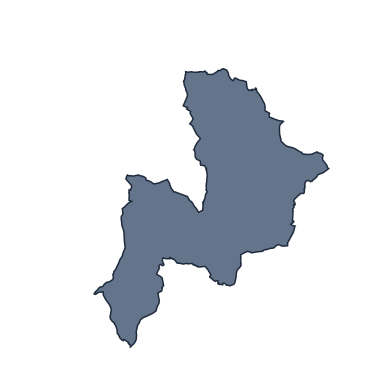 outline of Nocrich, Sibiu, Romania, rotated 243°
{"feature_id": "2599482B38030332657871", "entity_name": "Nocrich", "entity_type": "district", "adm_level": 2, "iso_a3": "ROU", "parent_name": "Romania", "parent_adm1": "Sibiu", "projection": "albers", "projection_center": [24.444, 45.866], "detail": "fine", "context": "isolated", "style": "filled", "palette": "slate", "viewbox_px": 384, "rotation_deg": 243, "n_neighbors": 0, "source": "geoboundaries", "source_scale": "gbopen_adm2", "svg_char_len": 6036}
<svg xmlns="http://www.w3.org/2000/svg" viewBox="0 0 384 384"><g transform="rotate(243 192 192)"><path d="M223.7,295.0L224.8,295.2L226.0,295.9L226.9,296.9L230.9,294.2L231.8,294.0L234.2,295.6L237.5,296.6L246.2,296.5L252.5,295.5L253.4,295.5L254.0,296.1L255.4,296.1L255.7,295.8L255.0,295.4L254.7,294.6L255.2,294.2L255.8,292.7L255.2,292.0L255.0,291.0L255.4,291.6L256.2,291.3L255.8,290.7L256.7,289.6L256.8,288.7L259.3,288.2L265.6,290.4L266.1,290.2L266.8,289.1L267.9,288.2L270.0,285.2L273.9,282.4L274.0,281.3L272.4,279.3L272.5,279.1L274.8,277.9L277.4,277.6L278.8,277.6L282.4,278.4L284.9,278.2L287.6,275.9L287.9,273.8L287.6,273.5L287.5,272.1L287.8,271.2L288.4,270.7L287.8,268.6L287.4,263.7L289.8,259.2L290.5,259.0L291.6,259.5L291.8,259.0L293.9,258.5L293.7,257.7L294.0,256.4L295.5,253.9L295.5,253.4L296.0,252.7L295.8,252.1L296.1,251.5L296.3,251.3L297.7,248.1L299.3,246.3L300.6,242.6L302.1,241.0L301.3,240.7L295.9,236.7L295.2,236.0L294.6,234.8L293.9,234.3L294.2,234.9L290.9,233.7L286.9,233.3L285.9,232.8L282.5,232.6L280.1,231.8L278.3,230.0L272.8,223.3L269.0,226.3L268.2,224.9L264.6,227.3L263.0,226.1L256.6,226.3L255.0,223.7L253.8,221.0L250.3,222.6L248.8,222.3L241.6,222.3L236.0,223.7L235.4,223.2L234.4,220.7L233.1,218.1L232.4,217.4L231.4,215.6L229.2,213.5L229.0,212.7L227.6,213.0L225.8,212.7L222.5,211.0L221.2,210.8L220.0,210.8L218.9,211.1L216.1,213.3L214.5,213.0L213.1,212.1L211.9,212.0L209.9,215.0L206.3,215.5L206.3,214.9L202.7,214.2L200.2,213.3L193.6,209.2L193.3,208.7L191.9,208.1L191.7,207.7L188.9,206.5L187.4,205.4L186.8,205.8L186.3,205.8L184.4,204.8L184.4,203.8L182.2,201.8L180.7,201.0L179.8,199.6L179.2,199.3L178.2,197.4L177.8,197.5L177.6,196.9L177.1,197.2L176.9,196.8L176.3,196.6L176.2,196.2L174.5,195.5L171.8,193.7L171.3,193.6L170.9,192.8L170.9,188.6L172.6,188.6L175.9,188.2L178.6,187.5L181.3,187.5L183.7,187.1L184.8,186.3L186.0,186.0L190.0,185.9L199.9,176.8L200.2,175.9L200.5,175.8L205.1,175.2L208.5,175.5L209.5,175.9L214.4,175.7L214.6,173.1L214.5,172.2L214.9,170.6L215.1,166.5L216.5,161.7L219.6,160.0L221.7,158.4L223.3,156.7L223.7,156.6L225.6,157.2L228.5,155.2L229.6,153.6L231.6,151.8L232.6,147.5L235.4,142.8L236.4,142.3L235.8,141.1L233.6,139.0L226.3,140.8L225.2,141.0L224.4,140.8L221.6,138.1L222.5,137.0L219.8,135.3L218.8,135.2L213.2,132.1L211.1,134.0L211.2,131.2L210.4,128.2L209.5,126.0L208.8,122.3L207.6,122.1L206.1,121.3L204.3,120.8L203.5,120.2L202.5,118.2L201.3,117.2L193.5,114.2L189.6,113.8L186.3,112.8L178.3,109.2L172.8,107.2L172.3,106.6L171.7,106.3L170.3,104.3L167.8,101.7L166.4,100.6L165.0,97.8L162.0,94.4L158.4,89.8L157.6,88.6L156.5,86.1L155.4,85.6L154.5,84.1L152.0,83.3L150.7,82.5L149.9,81.4L149.8,80.0L149.5,78.5L149.5,77.1L150.2,75.7L150.2,74.8L149.8,72.3L148.4,69.8L148.5,68.6L149.0,67.1L148.7,65.3L147.6,63.0L146.9,60.5L145.7,58.5L145.3,58.8L145.4,59.3L144.6,59.6L145.0,63.5L144.7,64.5L143.9,65.8L143.5,67.5L140.7,66.3L139.9,66.2L135.5,66.3L129.0,67.3L125.4,67.1L124.2,66.8L122.5,65.7L117.7,62.1L115.6,61.8L113.1,62.2L110.3,63.4L110.1,63.0L107.6,63.3L104.0,62.9L99.6,61.2L98.2,61.7L94.8,61.5L92.2,62.2L90.8,63.2L91.6,64.1L89.6,65.6L87.8,66.5L87.7,66.8L86.9,67.0L86.1,66.6L85.8,67.0L85.2,66.7L83.7,67.5L81.9,66.7L83.2,71.2L84.4,73.6L85.9,75.3L90.0,77.8L92.7,78.7L98.1,83.2L99.1,85.2L101.5,88.0L102.2,90.8L101.7,101.4L102.3,105.8L105.5,108.8L107.7,111.8L109.6,113.4L115.1,115.0L117.6,116.1L117.5,120.0L119.5,121.6L120.5,121.8L120.6,122.4L121.0,122.9L121.2,123.8L121.7,124.3L129.1,126.4L131.5,125.3L133.9,123.6L134.9,123.2L137.0,125.5L138.7,128.1L139.1,128.4L140.1,128.4L140.4,128.8L141.3,129.2L141.6,129.7L141.8,131.1L141.4,131.6L140.7,131.6L139.7,132.4L139.5,133.0L139.8,133.8L140.5,134.2L141.9,133.8L142.5,134.3L144.4,134.3L146.4,136.3L144.3,138.6L142.7,141.8L143.7,142.3L143.7,142.6L143.3,143.0L142.3,143.1L141.9,144.0L140.8,144.4L140.5,145.1L140.1,145.4L138.8,145.9L135.6,146.4L135.2,146.8L133.5,149.5L131.9,151.2L131.6,152.5L131.3,152.9L131.1,154.2L130.7,154.9L129.9,155.6L128.3,159.6L126.9,160.0L126.9,160.4L126.4,160.9L126.1,160.7L126.1,161.2L124.0,162.1L123.9,162.7L122.6,163.3L122.6,163.7L122.1,164.0L120.9,166.8L120.4,168.6L119.2,170.3L117.7,170.3L115.4,170.9L109.8,171.2L109.1,170.6L108.8,169.6L108.0,169.3L106.1,170.0L105.5,170.5L105.0,170.5L103.3,171.1L102.7,171.9L101.8,172.2L101.8,173.3L101.4,174.5L100.9,174.9L99.0,173.7L98.9,174.1L98.3,173.6L97.3,174.2L96.6,175.9L95.4,177.2L96.5,177.8L96.6,178.0L96.4,178.6L95.6,179.7L94.2,180.4L93.3,180.3L92.6,181.8L91.0,183.4L91.1,184.9L90.8,186.9L91.0,188.0L92.5,189.7L93.9,190.8L97.0,193.2L98.3,193.7L101.5,196.3L101.9,196.9L103.2,200.5L104.2,201.8L104.1,202.3L106.0,202.8L106.0,203.2L107.5,203.6L114.0,207.0L114.1,211.0L113.8,214.8L110.5,217.8L110.3,219.1L109.3,222.3L107.7,226.5L107.6,227.4L107.1,228.0L107.8,230.1L106.8,232.3L106.3,236.1L105.3,238.4L105.1,239.8L105.9,242.6L106.0,244.4L105.9,245.1L104.6,246.4L102.8,247.8L100.7,252.7L100.8,252.9L103.2,254.0L109.7,263.5L112.2,266.0L114.5,267.8L114.8,268.4L116.6,266.3L118.5,265.3L118.7,266.9L118.6,267.5L119.3,269.2L119.9,269.3L120.4,268.3L129.7,273.7L130.5,273.5L131.4,274.6L131.9,275.8L134.3,276.6L134.7,276.9L134.6,277.6L133.8,277.3L133.6,277.7L133.7,277.9L134.8,278.5L136.1,278.8L137.6,278.3L138.4,279.2L139.4,281.0L139.9,283.1L140.5,284.4L140.6,286.1L141.3,287.4L141.3,288.3L140.1,290.7L140.2,291.2L140.7,291.8L142.0,292.7L143.1,293.1L143.5,293.6L144.0,293.4L144.4,294.3L144.9,294.6L145.1,295.0L146.8,295.5L149.2,297.2L149.5,297.9L149.8,299.0L149.7,300.3L148.7,301.6L147.3,302.4L147.2,304.6L148.0,305.7L148.1,308.0L149.4,311.0L150.2,311.8L150.2,313.3L149.8,315.7L149.7,318.1L150.8,324.4L152.0,323.9L153.1,323.8L153.8,324.2L155.1,324.2L161.3,323.0L163.7,324.0L164.8,325.3L165.6,325.5L167.7,324.4L168.9,322.9L170.5,321.9L171.1,321.3L171.0,319.2L171.2,318.6L171.2,316.6L171.9,314.1L174.2,310.0L175.9,307.7L177.7,307.7L178.2,306.8L183.9,303.4L185.7,301.8L189.7,297.3L192.1,296.0L196.9,294.4L199.4,295.4L200.4,295.4L202.1,296.0L202.9,296.0L206.1,297.4L210.0,299.3L212.2,301.2L212.5,302.7L213.4,305.5L214.2,304.7L215.6,302.4L218.9,299.1L223.7,295.0Z" fill="#64748b" stroke="#1e293b" stroke-width="1.5"/></g></svg>